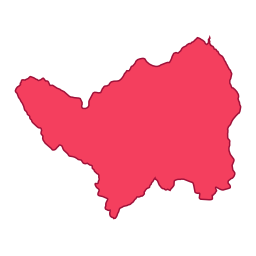 Hualgayoc, Cajamarca, Peru (Albers equal-area conic projection)
{"feature_id": "86281439B40192866337915", "entity_name": "Hualgayoc", "entity_type": "district", "adm_level": 2, "iso_a3": "PER", "parent_name": "Peru", "parent_adm1": "Cajamarca", "projection": "albers", "projection_center": [-78.549, -6.714], "detail": "fine", "context": "isolated", "style": "filled", "palette": "rose", "viewbox_px": 256, "rotation_deg": 0, "n_neighbors": 0, "source": "geoboundaries", "source_scale": "gbopen_adm2", "svg_char_len": 5756}
<svg xmlns="http://www.w3.org/2000/svg" viewBox="0 0 256 256"><path d="M200.1,198.9L200.6,199.2L208.7,199.7L210.3,199.7L211.4,199.5L212.1,199.2L212.4,198.8L212.3,195.4L212.6,195.4L213.6,194.7L214.1,194.0L215.1,193.2L215.5,192.3L216.6,190.8L215.6,188.5L215.6,187.5L215.9,187.2L216.5,187.3L220.0,189.2L221.7,189.8L223.0,190.0L228.0,188.6L229.9,187.9L230.2,187.6L230.3,186.7L230.2,186.0L229.4,184.5L228.5,183.7L228.1,183.0L228.1,181.8L228.4,180.8L231.0,178.7L232.4,178.1L233.1,177.4L233.9,176.4L234.7,174.5L234.8,173.7L234.7,172.7L232.8,169.9L232.1,165.4L233.7,161.5L234.0,160.2L233.8,159.2L230.4,154.6L229.8,153.1L229.0,150.4L228.9,148.0L229.1,147.0L229.7,145.3L229.6,142.5L229.8,141.6L229.6,140.4L228.0,138.6L227.7,137.6L227.6,133.4L227.8,132.7L227.9,130.4L227.9,129.8L227.5,129.1L228.5,126.7L230.4,124.6L232.0,120.9L233.4,118.8L236.1,115.6L238.6,113.1L239.0,113.1L239.2,112.9L239.9,111.2L240.6,107.4L240.6,106.4L239.7,104.6L239.4,102.1L238.9,101.5L238.1,98.9L238.1,98.4L238.5,97.3L238.6,96.3L238.4,94.8L238.0,93.8L237.4,92.9L236.9,91.8L234.5,89.1L233.9,88.8L233.4,88.1L231.8,87.7L230.7,84.8L229.8,83.2L229.8,80.4L230.7,78.5L231.7,74.0L231.6,73.3L230.8,71.8L230.4,70.3L229.6,69.6L228.8,68.6L228.6,67.9L228.2,67.4L227.1,65.0L226.3,63.9L226.1,63.1L225.7,62.6L225.5,61.8L224.8,61.0L223.9,59.3L223.8,58.6L223.4,58.2L223.0,57.3L222.1,56.2L220.3,55.1L219.2,54.1L218.5,53.1L218.4,52.4L217.9,51.5L216.9,51.0L216.0,49.5L215.4,49.2L214.7,49.2L214.1,48.9L213.8,47.7L213.0,46.5L212.2,46.2L211.6,45.7L210.6,45.4L210.5,44.4L210.2,44.1L209.7,43.7L209.5,43.1L209.8,41.7L209.2,39.9L209.3,39.2L209.9,38.2L209.7,37.5L209.5,38.1L208.4,39.8L208.6,40.8L208.5,41.5L208.5,42.5L208.1,43.2L207.4,43.8L207.0,44.4L206.7,44.5L206.2,44.3L205.6,43.7L205.0,43.0L204.6,41.9L202.6,40.2L201.2,39.5L200.5,38.9L198.9,38.1L197.6,37.7L197.3,37.7L196.9,38.4L195.1,39.9L194.5,40.7L192.7,42.1L191.8,42.3L190.7,43.5L190.2,43.7L189.4,43.5L188.8,43.7L188.4,44.0L187.2,44.6L186.5,45.5L185.6,46.2L183.5,47.1L182.6,47.8L181.9,48.5L180.7,50.8L179.4,51.9L178.5,52.9L177.5,53.1L176.6,52.7L175.8,52.6L174.0,53.3L173.6,53.7L172.2,56.4L171.5,58.7L170.4,61.0L169.4,62.5L167.3,62.5L165.8,63.0L160.7,65.0L159.6,65.8L157.4,66.4L155.6,66.4L152.7,65.7L149.4,64.1L146.5,61.6L144.8,58.9L143.5,58.4L142.3,58.4L139.8,58.9L137.6,59.7L136.5,60.7L135.9,61.3L135.3,62.8L134.5,64.0L132.7,66.0L131.5,66.4L131.2,66.8L130.2,69.1L129.2,70.6L128.7,70.8L127.0,70.7L126.6,70.9L125.9,72.2L124.5,73.7L123.5,75.9L122.3,77.7L121.0,79.2L119.5,80.4L118.6,80.8L116.9,81.1L113.9,81.2L111.2,81.9L109.6,83.5L109.1,84.8L107.0,85.9L104.9,86.1L104.0,86.6L103.3,87.8L102.6,88.4L100.8,92.4L100.5,92.6L98.7,92.9L96.6,92.5L94.8,92.3L93.9,92.6L93.1,93.1L89.3,100.3L88.9,101.7L88.9,105.5L88.1,107.0L86.8,108.0L85.4,108.5L82.9,108.4L82.2,107.9L81.7,106.9L81.7,105.6L82.1,104.4L82.1,102.5L80.2,98.6L78.9,98.1L74.5,97.7L72.4,97.2L70.6,97.0L69.2,96.2L64.1,91.7L60.7,90.0L59.9,89.3L57.1,88.2L53.0,85.5L52.5,85.3L50.1,85.4L49.7,84.9L48.3,81.8L47.8,81.3L47.1,81.0L45.5,80.9L43.8,78.6L43.3,78.2L42.5,78.4L40.9,79.7L38.7,80.5L38.2,80.4L37.1,79.5L36.2,79.3L33.8,77.8L31.4,76.9L30.5,76.6L30.2,76.6L29.7,77.0L28.2,78.5L25.9,79.5L25.1,80.1L23.9,79.9L22.2,79.9L21.9,80.0L21.4,80.9L21.0,82.5L20.3,83.2L20.3,83.9L20.5,84.5L20.4,84.9L19.4,85.5L18.8,86.3L17.5,86.9L16.2,88.6L15.4,90.6L15.4,91.1L15.8,92.1L17.1,93.4L18.6,97.5L20.0,99.3L21.0,101.4L22.4,103.4L23.7,106.3L24.5,109.4L25.0,110.4L26.1,111.3L26.8,112.3L27.2,113.2L27.3,114.0L27.6,114.5L29.2,115.7L29.7,116.4L29.8,117.8L30.2,118.8L31.2,119.7L31.6,120.3L31.9,121.4L32.6,122.5L36.9,126.5L38.3,127.6L39.3,127.9L40.4,127.9L41.1,128.5L41.6,130.5L41.2,131.8L41.0,133.1L41.1,133.8L42.9,136.1L42.7,138.4L43.1,140.0L45.2,143.2L51.2,148.4L52.3,149.8L53.1,150.0L54.1,149.9L55.0,149.6L55.8,149.0L57.7,146.8L58.4,146.3L59.0,145.3L59.4,145.1L59.9,145.0L60.8,145.3L61.8,145.9L62.4,147.0L63.0,148.8L63.9,150.3L67.6,153.7L68.9,155.7L69.6,156.1L72.8,156.6L75.0,157.3L77.0,158.5L78.2,159.5L80.9,160.0L81.5,160.5L82.6,162.2L83.3,163.1L84.2,163.5L85.4,163.7L87.4,163.3L90.0,165.1L91.0,165.2L92.0,165.7L92.2,166.2L92.3,168.2L92.7,168.7L93.8,169.5L94.1,170.0L94.2,170.7L94.9,171.6L97.0,173.6L98.3,174.3L98.7,174.9L98.9,175.6L98.8,177.1L99.2,179.0L99.1,179.6L98.4,181.3L98.1,183.0L97.8,183.4L97.0,183.6L95.4,183.5L95.1,184.0L95.2,184.8L95.7,186.0L96.5,187.3L97.2,188.0L98.3,188.8L98.9,189.4L99.1,189.9L99.0,190.9L98.1,193.0L97.9,194.1L98.0,194.7L98.4,195.3L99.5,195.8L102.7,196.5L107.3,198.5L107.7,198.9L107.7,199.5L106.2,202.5L105.8,203.9L105.8,205.8L105.7,206.3L105.3,207.1L105.2,207.7L105.3,208.3L105.6,209.1L108.1,210.3L108.9,210.4L110.1,210.2L110.1,211.6L109.8,212.7L109.8,214.1L110.2,215.8L111.0,216.7L112.1,217.4L113.1,217.6L113.5,217.9L113.7,218.5L115.3,218.2L116.4,216.8L117.1,215.3L117.6,213.6L118.6,211.8L119.5,208.8L120.0,208.2L121.4,207.5L122.1,207.2L123.6,206.3L126.7,205.6L127.4,205.4L128.6,204.7L129.6,204.6L130.4,204.2L131.6,203.1L133.1,202.0L134.9,199.4L135.9,198.7L136.6,197.4L137.1,196.9L137.5,196.9L138.3,197.0L139.7,196.8L141.0,196.1L142.1,196.1L143.2,195.3L144.3,193.9L144.2,192.0L145.0,191.1L145.3,190.3L146.7,188.7L147.4,188.3L149.1,187.6L149.5,187.3L149.7,186.3L150.1,185.2L150.7,184.7L151.3,184.0L151.5,182.9L151.8,182.4L152.8,181.6L154.0,179.3L155.0,178.1L155.1,178.8L155.4,179.3L156.0,179.3L157.5,180.8L159.2,184.9L161.5,187.8L162.7,188.6L164.2,188.8L164.8,189.4L165.5,189.9L166.6,189.8L167.5,189.3L167.8,189.3L170.1,190.4L170.8,189.1L172.5,187.3L173.6,185.8L174.0,185.0L174.1,182.5L174.3,181.0L175.2,180.2L177.2,179.5L179.0,179.3L180.3,179.4L181.2,179.1L183.8,179.2L189.9,181.6L192.5,182.5L192.8,182.8L193.3,183.7L193.9,186.1L195.0,192.0L195.4,192.5L196.3,193.0L198.3,193.4L198.8,193.2L199.3,193.2L199.6,193.4L199.8,194.0L199.3,197.9L200.1,198.9Z" fill="#f43f5e" stroke="#9f1239" stroke-width="1.5"/></svg>